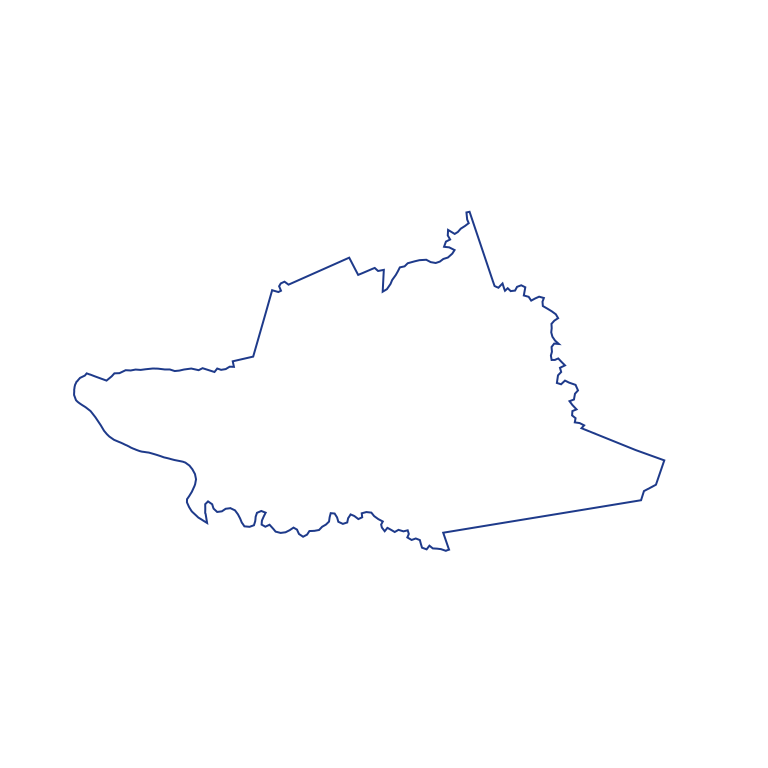 the district of Oberá, Misiones, Argentina, rotated 110°
{"feature_id": "61730980B41869558035533", "entity_name": "Oberá", "entity_type": "district", "adm_level": 2, "iso_a3": "ARG", "parent_name": "Argentina", "parent_adm1": "Misiones", "projection": "equal_earth", "projection_center": [-55.041, -27.479], "detail": "fine", "context": "isolated", "style": "outline", "palette": "blue", "viewbox_px": 768, "rotation_deg": 110, "n_neighbors": 0, "source": "geoboundaries", "source_scale": "gbopen_adm2", "svg_char_len": 4819}
<svg xmlns="http://www.w3.org/2000/svg" viewBox="0 0 768 768"><g transform="rotate(110 384 384)"><path d="M192.9,362.5L194.6,365.2L197.5,363.8L201.0,362.1L203.9,359.4L206.8,361.3L207.5,361.7L211.8,365.0L215.9,366.6L218.8,368.9L217.6,375.0L217.3,376.5L220.2,375.6L222.6,374.9L225.6,371.3L229.0,374.5L232.4,374.5L234.5,374.5L234.3,373.5L233.3,369.5L234.0,363.5L238.1,364.4L243.3,367.2L246.2,371.0L249.9,373.4L252.6,376.8L253.5,381.8L252.8,386.8L255.5,393.0L258.2,397.1L262.4,403.0L266.4,404.9L269.0,409.0L273.3,409.5L277.5,410.2L283.5,411.9L287.8,412.1L293.9,413.7L297.7,416.8L282.1,421.6L276.8,423.2L279.7,428.0L279.8,428.3L278.4,431.7L278.1,432.4L279.6,434.1L287.2,442.2L290.3,445.6L286.3,450.0L277.2,459.9L279.3,462.1L323.3,507.7L322.3,511.0L321.9,512.5L324.8,515.4L328.0,516.0L331.6,512.7L333.7,514.7L334.1,520.6L334.1,521.2L335.2,521.1L358.4,519.4L362.7,519.1L403.0,516.3L414.4,533.9L419.2,530.9L420.5,534.9L421.8,536.0L424.1,537.8L426.4,541.9L426.5,546.0L430.7,547.4L431.0,554.9L431.2,559.9L434.4,562.9L435.4,570.4L438.8,576.9L441.4,580.9L443.4,585.1L443.6,590.2L445.3,594.9L446.9,601.7L448.5,606.5L451.7,613.1L454.0,617.5L455.4,622.4L457.9,626.6L459.4,631.5L464.3,636.3L466.2,641.0L469.9,642.5L475.7,645.9L475.7,658.2L475.6,663.4L475.7,663.8L475.7,666.9L475.7,667.0L476.5,667.3L478.2,667.9L478.4,668.0L482.2,671.7L484.7,672.7L486.3,673.2L486.9,673.7L487.3,673.7L488.5,673.8L490.4,674.0L493.0,673.7L493.5,673.5L495.3,673.2L496.8,672.6L498.8,672.0L500.3,671.5L504.3,668.1L504.6,667.8L505.4,666.1L505.7,665.3L506.1,664.0L506.5,662.6L507.1,660.1L507.6,657.7L507.9,656.4L509.8,650.5L513.9,643.9L518.8,637.2L519.6,636.1L523.7,631.1L525.9,627.3L527.3,624.2L528.8,618.6L529.1,612.7L529.1,611.7L529.3,609.1L529.6,606.3L529.7,604.4L529.8,603.7L530.0,601.9L530.3,600.4L530.5,597.5L530.5,596.2L530.6,594.3L530.6,590.9L530.5,589.6L530.4,588.6L530.2,587.6L529.9,586.3L529.4,583.8L528.9,581.6L528.7,579.1L528.5,576.1L528.3,572.6L528.3,572.3L528.2,569.4L528.2,565.7L527.8,562.6L527.5,559.6L527.5,559.1L527.1,554.9L526.4,550.4L526.3,549.8L525.8,546.4L525.8,543.7L526.2,542.4L527.2,538.9L528.7,536.5L529.6,535.0L529.8,534.8L530.2,534.3L531.1,533.3L533.3,530.8L537.9,528.0L538.7,527.9L542.8,527.2L544.8,527.2L551.0,527.7L555.9,528.7L558.2,529.3L559.6,529.7L562.6,528.7L566.3,525.1L568.6,522.2L569.2,521.4L569.4,521.1L569.8,520.3L571.9,515.3L573.0,512.8L573.8,508.8L574.3,506.7L575.1,502.7L567.1,507.2L566.4,507.9L562.3,509.3L558.1,510.9L557.7,510.7L554.5,509.2L555.8,504.3L558.2,502.5L559.4,501.5L561.3,497.0L559.1,492.8L555.4,490.1L553.4,486.2L553.2,486.0L553.7,480.8L556.4,476.7L559.6,473.2L562.9,470.2L563.6,469.1L565.5,466.5L564.2,461.5L561.2,457.9L557.0,458.1L555.2,458.5L552.7,459.2L548.5,459.3L547.2,457.9L545.3,455.9L545.4,451.2L549.5,451.7L553.9,452.0L555.3,451.7L558.0,450.9L558.5,447.7L558.7,446.7L555.4,443.4L557.4,439.6L558.2,438.1L559.8,435.4L559.3,430.2L557.0,425.8L553.6,422.6L552.6,421.9L549.9,419.9L550.6,415.9L551.5,415.1L554.0,412.6L555.2,407.8L551.9,404.8L547.7,403.8L545.8,399.2L543.4,395.1L539.3,393.3L536.0,390.5L532.5,388.8L532.1,388.6L527.8,389.5L523.6,389.9L522.6,386.1L525.4,382.5L527.0,381.3L529.1,379.8L529.5,374.8L526.7,371.2L522.4,371.8L520.0,371.2L518.0,370.8L518.1,368.1L518.2,366.7L519.7,361.9L516.7,358.9L513.1,360.7L510.6,357.1L510.4,356.9L509.2,351.9L511.5,348.1L512.9,343.2L513.6,338.1L517.1,338.6L519.6,336.9L522.1,333.0L519.3,332.0L518.0,331.6L518.0,331.4L518.6,327.7L519.4,323.3L516.1,320.5L516.1,320.2L515.8,315.3L513.4,311.7L516.4,309.4L518.8,309.5L520.2,309.6L521.1,304.7L520.2,303.6L518.3,301.3L518.4,296.9L520.6,295.4L521.6,294.7L524.8,292.3L524.8,287.4L520.4,286.0L521.8,281.9L520.6,277.9L519.7,274.0L519.6,268.8L518.9,268.1L517.4,266.2L516.6,266.9L513.9,269.1L503.5,277.5L476.4,229.3L435.2,155.9L405.3,102.7L395.7,103.1L386.2,94.5L385.6,94.0L359.9,94.5L360.0,123.5L360.0,125.1L358.0,183.3L354.4,181.8L353.8,186.8L354.8,191.6L350.6,192.3L349.2,196.5L345.0,197.7L342.0,194.4L339.3,199.8L336.7,203.8L333.6,200.2L327.8,201.2L323.7,199.5L319.3,203.7L319.4,210.7L319.1,213.1L318.9,215.1L323.7,217.5L323.9,221.9L316.6,223.4L316.2,223.4L312.1,221.6L308.6,224.2L304.6,220.3L302.6,224.6L300.4,229.0L301.8,230.5L302.9,231.6L303.8,234.0L304.1,234.7L303.0,235.3L300.2,236.9L298.8,237.0L296.3,237.2L291.9,239.2L287.8,237.9L286.6,233.4L284.7,238.1L282.0,241.9L278.3,244.5L274.2,245.5L270.2,247.2L266.2,245.6L262.6,242.9L259.7,246.4L258.3,251.3L257.3,256.3L256.4,261.4L255.1,262.0L252.5,263.2L248.5,263.2L248.9,268.1L251.9,271.2L254.5,273.5L255.3,274.2L252.6,277.9L252.9,281.8L253.0,282.9L244.8,284.3L244.3,288.8L247.2,292.2L251.4,292.8L253.1,296.2L253.4,296.7L251.7,300.5L255.0,302.2L254.0,303.1L252.0,304.7L249.0,307.0L251.6,308.2L254.4,309.4L254.3,311.5L254.1,313.6L252.4,315.0L250.8,316.3L250.0,317.0L248.9,317.8L247.7,318.8L192.9,362.5Z" fill="none" stroke="#1e3a8a" stroke-width="2"/></g></svg>